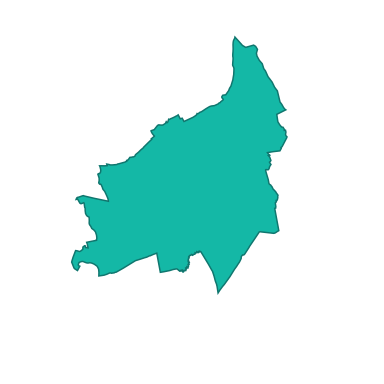 Berchisesti, Suceava, Romania, rotated 52°
{"feature_id": "2599482B32520151641647", "entity_name": "Berchisesti", "entity_type": "district", "adm_level": 2, "iso_a3": "ROU", "parent_name": "Romania", "parent_adm1": "Suceava", "projection": "equal_earth", "projection_center": [26.04, 47.525], "detail": "fine", "context": "isolated", "style": "filled", "palette": "teal", "viewbox_px": 384, "rotation_deg": 52, "n_neighbors": 0, "source": "geoboundaries", "source_scale": "gbopen_adm2", "svg_char_len": 6028}
<svg xmlns="http://www.w3.org/2000/svg" viewBox="0 0 384 384"><g transform="rotate(52 192 192)"><path d="M209.7,293.0L211.3,278.8L213.1,274.1L214.6,269.9L215.5,267.7L216.2,264.5L216.5,264.3L217.3,261.1L218.5,257.4L235.8,266.4L237.5,263.3L240.2,257.9L241.4,254.7L243.0,251.6L243.7,251.1L244.4,250.9L245.7,250.7L246.0,250.5L246.3,250.5L246.9,250.4L247.0,250.2L246.7,250.0L246.6,249.6L246.9,249.3L247.6,249.2L247.7,248.9L247.1,248.6L247.2,248.4L247.6,248.3L247.6,248.1L247.4,248.0L247.4,247.8L247.6,247.6L247.9,247.9L248.4,247.7L248.9,248.2L248.9,248.4L249.3,248.5L249.6,248.3L249.7,248.1L249.6,247.4L248.9,246.9L249.0,246.6L249.0,246.4L249.4,246.2L249.5,246.0L250.1,245.3L250.0,245.1L249.9,245.0L249.6,245.0L249.4,245.0L249.3,244.7L249.4,244.4L249.2,243.9L248.9,244.1L248.0,243.8L248.1,243.6L248.1,243.3L248.1,243.1L248.3,243.0L248.8,243.1L249.0,243.0L249.0,242.7L248.3,242.6L247.9,242.2L248.8,242.0L249.2,241.7L248.7,241.4L248.6,241.2L248.5,240.8L248.4,240.6L248.1,240.7L247.8,240.0L246.7,239.8L246.6,239.5L246.7,239.4L247.0,239.4L247.2,238.8L247.1,238.6L246.6,238.7L245.9,238.3L245.8,237.4L245.4,237.3L244.9,237.9L243.9,237.6L243.8,237.4L243.8,237.0L243.7,236.7L243.3,236.7L242.6,236.3L242.6,235.8L242.5,235.6L242.3,235.5L242.3,235.2L242.0,234.9L241.9,234.6L241.5,234.5L241.2,234.7L240.9,234.3L241.0,233.7L240.6,233.2L240.7,232.6L241.0,232.4L241.1,232.0L240.9,230.8L241.1,230.7L241.8,230.7L242.2,230.6L242.3,230.4L242.3,229.9L242.0,229.5L242.3,228.9L242.3,228.6L242.4,228.4L242.7,228.2L242.7,227.7L242.5,227.3L241.8,226.9L242.5,226.4L242.6,226.0L242.5,225.5L242.0,225.0L242.7,224.7L243.1,224.8L243.5,224.7L243.6,224.4L243.1,224.1L243.0,223.9L243.0,223.4L243.3,223.3L243.3,223.2L243.0,223.0L243.0,222.8L243.0,222.7L243.5,222.5L243.9,222.6L243.8,222.2L244.0,222.0L244.6,221.8L258.9,223.5L265.4,224.5L267.2,224.7L272.1,226.5L276.5,228.4L279.7,229.4L281.7,230.3L287.6,233.6L286.5,230.5L285.3,226.2L284.7,223.3L282.0,214.1L279.0,205.9L278.1,202.7L277.4,200.8L276.4,197.7L275.1,195.0L274.5,194.0L273.6,193.3L273.1,192.7L273.0,192.3L273.0,191.8L272.7,190.9L272.8,190.7L273.3,190.3L273.5,189.7L273.4,188.8L270.7,181.0L270.5,180.8L270.0,179.3L267.3,170.9L264.9,163.6L265.2,162.9L274.9,153.0L275.3,152.1L275.5,151.4L275.6,149.6L275.9,147.4L255.8,136.9L256.2,136.0L255.4,135.4L255.4,135.1L251.8,133.0L251.7,131.7L250.5,130.9L251.0,130.3L250.2,128.9L249.1,127.7L248.7,127.5L247.9,126.8L247.6,126.3L247.3,126.2L244.4,126.1L243.4,125.9L240.9,126.1L239.7,126.3L236.9,125.7L235.9,125.8L234.9,125.7L233.9,126.1L232.8,126.2L229.2,124.3L221.6,121.3L219.9,120.4L219.8,120.2L219.9,119.8L220.8,119.0L221.4,118.1L221.1,117.0L219.8,115.2L218.9,112.8L217.9,112.8L216.2,112.6L216.1,111.3L215.7,110.4L212.7,109.4L212.1,109.3L210.4,109.4L210.6,109.0L211.3,108.9L211.0,108.0L208.8,108.5L207.4,108.3L210.0,103.5L213.7,97.4L212.6,94.8L211.8,94.6L211.7,94.5L211.7,94.3L211.9,94.2L211.7,93.0L207.6,84.0L207.2,83.4L206.8,83.1L206.1,83.3L205.2,83.3L204.1,82.7L202.6,81.1L200.9,80.3L200.3,81.3L199.7,80.7L197.0,80.4L196.0,81.4L193.0,81.5L189.5,81.1L183.0,77.4L185.0,67.5L183.5,67.9L181.5,67.8L178.3,67.3L175.2,67.2L164.9,62.5L160.3,62.4L154.7,61.2L147.9,61.1L141.9,59.6L139.0,59.5L134.2,57.7L129.7,57.9L124.9,57.1L122.3,55.8L119.9,52.6L116.4,52.2L114.2,53.0L111.1,60.6L107.6,62.0L101.5,62.4L96.4,62.8L97.2,63.7L97.6,64.8L98.4,66.3L99.4,67.4L101.2,69.0L104.6,71.5L106.9,73.5L108.6,75.1L110.0,76.2L111.1,76.8L112.3,77.6L116.8,81.7L117.6,82.1L119.0,82.3L120.5,82.9L122.2,84.3L125.2,86.9L126.9,88.8L128.8,90.8L132.5,96.1L133.4,98.6L134.7,100.7L135.8,104.4L136.2,105.5L134.7,108.1L135.1,109.5L135.5,110.1L136.5,110.4L138.2,110.3L138.6,111.0L138.6,113.9L138.9,114.8L138.5,115.8L138.7,117.1L137.8,120.9L137.6,121.4L136.1,123.9L135.5,125.6L135.0,129.5L134.6,134.9L134.0,137.0L134.1,138.2L134.0,139.0L133.7,139.5L133.3,139.7L134.0,141.0L134.0,142.6L133.8,145.1L131.5,154.9L127.8,154.3L127.1,156.2L122.7,155.4L122.7,156.8L122.4,157.8L122.2,159.3L121.5,162.4L121.2,163.2L120.8,165.4L120.3,165.6L121.9,167.9L122.0,169.0L120.7,169.0L121.4,170.3L121.5,170.7L121.5,171.7L121.2,173.9L120.4,175.0L118.6,176.9L118.4,177.4L118.4,178.5L119.6,183.4L118.5,186.5L119.2,186.9L121.4,187.3L123.6,187.3L124.8,187.2L124.9,187.5L125.0,191.3L125.7,191.3L126.1,195.6L126.9,202.5L127.1,202.8L127.2,203.5L127.3,206.4L127.7,209.6L127.8,213.1L128.0,214.0L128.5,214.7L128.6,215.1L128.5,215.7L128.3,216.6L127.6,217.5L127.2,218.7L126.5,219.4L126.5,219.8L127.1,221.7L127.3,222.7L126.9,224.0L127.5,224.2L127.2,226.3L124.6,232.6L124.2,233.2L124.1,234.3L121.5,238.3L120.4,239.7L119.3,240.4L117.5,242.0L119.0,242.6L117.8,244.5L115.6,247.2L114.5,248.7L115.4,248.9L118.0,250.1L118.8,250.6L120.0,251.8L120.6,253.6L120.0,254.3L120.0,255.2L123.8,256.6L125.8,258.1L127.3,259.8L128.0,260.0L129.0,259.9L129.3,259.7L129.5,259.2L130.3,259.1L132.9,259.7L134.6,260.4L135.5,260.5L137.2,260.4L138.2,260.5L142.5,261.5L145.4,262.3L146.7,262.9L147.8,263.6L136.7,273.0L128.5,279.6L128.2,279.6L127.6,280.6L126.4,284.2L125.7,285.7L125.7,286.3L125.9,286.9L126.5,287.9L127.1,286.5L131.7,287.2L132.5,287.0L133.1,286.3L133.8,283.9L134.6,284.0L138.0,286.0L139.0,286.2L141.0,287.7L143.4,289.1L144.9,289.4L145.8,289.5L146.9,289.3L148.4,288.6L148.7,288.7L151.6,290.8L152.6,291.7L153.7,292.5L154.2,292.7L155.4,292.9L156.7,292.9L159.0,293.4L161.6,292.7L163.9,292.6L167.2,293.8L169.5,295.2L170.4,296.0L170.6,296.6L171.3,297.0L168.7,302.1L166.8,306.0L168.7,306.6L172.0,308.3L170.2,310.1L168.9,309.2L168.1,309.9L168.3,310.9L168.2,311.8L168.3,311.9L169.2,312.7L169.9,313.3L170.0,315.4L169.9,316.6L169.7,317.2L167.4,318.9L166.5,319.8L170.2,325.9L172.3,328.9L173.2,330.0L179.0,331.7L180.0,331.8L183.4,330.6L181.4,326.1L180.6,326.6L179.4,326.6L178.0,324.4L178.3,323.2L178.9,321.7L179.5,320.8L179.8,320.6L182.2,319.2L183.3,318.4L184.0,317.6L184.8,316.1L186.1,314.9L188.0,313.8L189.5,313.2L191.9,312.5L193.0,312.6L195.0,313.0L195.8,313.4L198.0,314.8L200.8,317.1L203.4,312.5L204.4,309.7L205.1,306.8L205.7,306.0L206.4,305.5L206.9,304.6L207.8,303.1L207.9,302.2L208.5,301.1L209.7,293.0Z" fill="#14b8a6" stroke="#0f766e" stroke-width="1.5"/></g></svg>